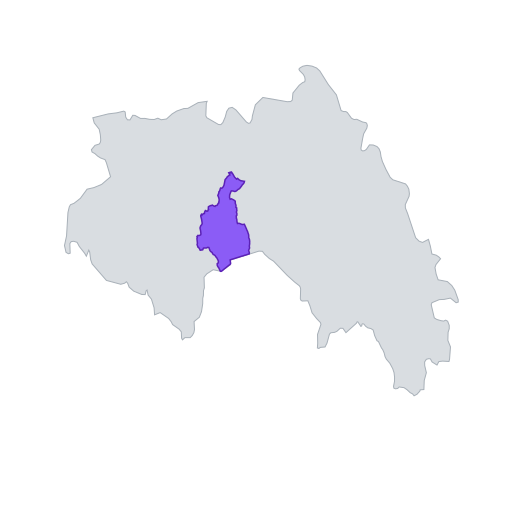 Mamou, Mamou, Guinea (highlighted), rotated 343°
{"feature_id": "49546643B72815389499799", "entity_name": "Mamou", "entity_type": "district", "adm_level": 2, "iso_a3": "GIN", "parent_name": "Guinea", "parent_adm1": "Mamou", "projection": "equal_earth", "projection_center": [-11.801, 10.57], "detail": "fine", "context": "in_parent", "style": "filled", "palette": "violet", "viewbox_px": 512, "rotation_deg": 343, "n_neighbors": 0, "source": "geoboundaries", "source_scale": "gbopen_adm2", "svg_char_len": 6715}
<svg xmlns="http://www.w3.org/2000/svg" viewBox="0 0 512 512"><g transform="rotate(343 256 256)"><path d="M308.9,352.0L305.1,351.3L303.4,352.2L298.4,360.1L295.4,363.2L290.8,362.2L289.1,362.8L287.8,361.9L289.5,357.5L291.9,349.0L298.1,340.4L298.2,338.6L295.7,333.6L293.0,326.7L293.0,319.4L292.5,314.0L287.1,312.6L286.1,311.7L285.9,309.9L289.0,300.7L289.2,298.9L288.8,297.2L285.5,292.5L280.3,283.9L271.3,266.1L268.0,262.3L264.8,256.9L263.5,253.4L260.2,252.2L229.0,252.4L228.4,257.1L217.7,260.2L211.0,256.6L203.7,258.7L200.1,261.1L197.3,271.4L195.7,273.7L194.2,278.3L192.7,280.9L191.1,286.0L187.6,293.3L183.9,298.0L177.6,300.6L175.7,308.3L174.2,311.1L171.8,313.4L169.2,314.8L164.1,313.3L161.2,314.7L160.8,312.8L162.4,306.7L161.1,303.5L156.2,297.2L155.7,294.1L154.2,290.2L147.8,282.1L141.8,282.6L143.4,275.8L143.4,266.7L141.4,261.8L141.9,256.7L140.8,257.1L138.7,260.5L135.5,259.4L128.9,254.0L125.6,248.8L125.3,244.4L124.5,242.7L122.5,243.6L118.4,243.5L105.8,235.6L97.0,215.7L96.8,211.3L98.1,203.6L97.8,201.5L93.7,206.6L92.9,203.2L89.8,195.2L88.9,190.6L85.9,188.6L83.5,188.2L81.6,189.7L79.1,199.0L77.3,199.0L75.4,197.0L75.9,190.0L80.7,181.4L88.9,159.4L91.8,154.4L93.6,152.7L97.4,152.4L104.9,149.5L114.0,142.7L121.0,143.2L129.3,142.4L140.1,137.7L140.2,123.0L139.8,119.7L136.0,116.8L133.8,114.2L131.9,111.0L129.6,108.6L129.7,106.2L134.4,103.1L138.8,103.1L140.3,101.9L141.4,99.8L142.6,94.5L143.1,88.9L140.2,81.4L140.4,76.1L156.2,76.9L164.8,78.4L171.9,78.8L173.0,80.0L172.0,85.1L172.9,88.2L175.3,89.0L179.3,85.4L181.4,86.2L185.8,90.7L189.9,91.9L194.4,94.3L198.6,95.7L202.4,95.5L205.2,98.0L210.5,98.8L217.3,95.6L222.6,94.2L230.1,93.9L234.0,94.9L245.5,92.4L254.5,93.8L253.1,95.5L249.0,107.3L249.4,109.4L258.6,119.3L260.8,120.1L263.3,118.7L267.2,114.1L270.3,109.1L273.3,106.7L276.7,106.9L279.5,110.4L286.0,125.1L287.7,127.0L289.3,127.0L292.1,124.2L293.5,121.0L299.6,111.2L308.9,106.4L331.0,117.6L334.3,118.4L336.2,117.6L339.0,110.9L347.3,105.3L351.3,103.8L353.6,103.6L354.5,101.8L354.9,99.1L354.4,96.3L351.8,91.3L351.7,89.8L353.2,88.9L356.4,88.2L360.5,88.6L365.1,90.8L368.9,93.9L371.1,97.6L375.3,113.2L380.0,125.4L379.9,141.8L382.0,143.5L384.2,144.2L385.3,145.5L387.6,152.2L389.7,154.2L392.3,154.7L397.1,159.0L400.2,160.7L400.7,162.0L400.6,163.8L399.4,166.1L394.7,170.6L392.5,174.5L387.8,183.7L387.6,185.5L388.7,186.7L390.6,187.0L392.7,186.3L397.0,182.9L400.5,184.1L403.7,186.7L405.0,189.4L405.3,192.9L404.6,197.5L404.5,202.6L405.6,211.3L407.3,219.9L409.1,223.1L420.1,230.8L421.2,233.6L421.7,236.8L420.9,241.3L419.8,243.7L413.8,250.5L412.9,253.7L413.4,259.8L414.0,285.2L416.3,289.5L419.2,291.7L425.8,290.5L425.6,297.6L424.8,305.5L428.6,307.9L430.6,310.4L431.7,312.6L425.6,316.8L423.8,319.3L423.0,325.9L423.2,332.0L431.5,336.4L434.6,341.5L436.1,346.8L436.6,356.9L435.9,359.2L433.7,359.2L429.6,353.1L423.2,352.5L418.5,351.3L410.6,352.1L409.3,353.9L408.4,367.3L410.3,369.5L414.1,372.0L416.5,373.1L418.6,372.8L420.2,374.4L420.5,378.8L419.5,382.1L417.4,385.1L414.8,392.8L415.4,399.8L411.0,411.1L409.7,413.3L403.8,411.1L400.0,410.4L397.2,413.2L393.4,408.8L392.7,405.4L391.3,404.7L388.7,404.6L386.3,406.6L385.3,410.1L384.8,417.4L380.5,424.2L377.5,432.8L373.9,432.0L373.2,433.1L369.5,435.3L366.3,435.9L365.4,433.6L363.5,431.8L361.4,428.1L359.1,425.2L354.6,423.1L352.8,424.1L350.6,423.8L349.2,422.7L349.4,420.9L351.8,416.4L353.1,412.3L353.9,407.9L353.8,403.6L352.6,397.6L350.5,392.8L350.0,390.1L350.2,386.1L349.8,382.5L349.1,380.6L348.1,373.6L346.9,372.4L346.2,366.8L346.4,361.1L344.7,359.0L341.9,357.4L340.3,355.2L339.3,352.7L338.3,352.0L337.4,352.2L336.7,353.7L335.7,354.0L334.1,348.7L333.5,348.5L332.3,349.7L319.6,355.6L318.0,350.6L315.5,349.7L311.3,351.7L308.9,352.0Z" fill="#d9dde1" stroke="#a8b0b8" stroke-width="1"/><path d="M266.0,182.5L266.8,181.2L266.3,181.0L265.0,180.3L263.4,179.5L262.2,178.3L261.1,176.4L259.9,176.8L258.6,174.4L257.9,171.1L257.1,168.5L256.3,168.4L256.6,169.2L255.6,169.0L255.0,168.5L254.3,168.4L254.5,169.7L254.6,170.4L254.7,170.8L254.4,170.8L253.7,171.1L251.7,171.8L250.9,172.6L248.8,173.9L247.2,176.9L246.1,178.9L245.3,179.8L244.5,180.5L243.6,181.0L243.1,181.2L242.1,180.6L241.8,180.8L241.4,181.4L241.2,181.6L240.9,182.2L240.6,182.6L240.4,182.9L239.9,183.4L239.1,183.9L238.9,184.8L237.2,186.9L237.4,189.3L237.3,191.0L236.9,192.3L236.5,193.1L236.2,193.4L236.0,194.4L235.2,194.6L234.3,195.6L233.5,196.2L232.8,196.1L231.9,196.1L231.3,196.6L230.0,195.6L229.1,194.5L227.9,194.7L227.5,194.5L226.5,194.6L226.0,194.7L224.9,195.0L224.6,195.7L224.4,196.2L224.2,197.0L224.2,197.6L223.9,197.6L223.0,198.9L222.8,198.9L222.0,198.8L221.3,198.0L220.9,197.7L220.3,198.3L219.5,199.2L219.1,200.3L217.8,200.2L216.4,200.9L216.3,201.0L216.0,200.2L215.5,200.7L215.1,201.0L214.8,202.0L214.7,204.7L214.5,206.2L214.1,209.1L213.2,210.2L212.0,210.9L210.8,212.5L210.5,213.6L210.5,214.5L210.3,216.2L209.8,218.8L209.3,219.6L208.1,219.8L207.1,219.7L206.5,219.3L205.4,220.0L205.1,220.3L205.3,221.0L204.6,222.1L203.7,226.7L203.0,227.8L203.0,228.3L203.1,230.7L203.5,230.9L203.9,232.1L204.2,233.2L204.2,233.9L204.3,234.1L205.0,234.3L205.7,234.3L206.4,234.5L206.9,234.5L207.9,233.2L208.4,233.1L210.7,233.8L211.4,233.8L212.0,233.6L212.8,233.8L213.1,234.0L213.4,234.1L213.5,234.9L213.4,235.5L213.6,236.4L213.5,237.1L214.0,238.5L214.4,239.0L214.7,239.3L215.1,239.9L215.1,240.5L215.5,242.0L216.6,243.0L217.0,243.7L217.5,245.4L217.9,246.1L218.1,246.9L218.5,249.4L218.4,250.3L217.9,251.5L216.6,252.0L216.2,253.6L216.4,255.1L216.9,256.3L217.4,260.0L217.7,260.2L217.7,260.3L218.4,260.5L218.8,260.4L219.9,260.0L220.6,259.7L220.8,259.5L221.5,259.3L222.0,259.1L222.3,258.9L223.1,258.7L227.7,256.8L228.3,256.7L228.6,256.4L228.9,256.3L229.1,256.3L229.2,256.2L229.6,255.6L230.0,252.9L230.1,252.6L230.1,252.4L230.2,252.1L233.0,252.1L234.5,252.1L236.0,252.1L237.6,252.0L238.1,252.1L239.3,252.1L241.6,252.0L243.5,252.1L244.3,252.1L245.0,252.0L245.4,252.0L245.5,252.0L245.9,252.1L246.0,252.1L249.1,252.0L250.2,252.0L250.3,251.8L250.4,251.4L250.5,251.0L250.7,250.6L250.6,250.2L250.6,248.4L252.2,246.5L252.5,244.6L253.5,242.5L253.9,241.1L254.3,240.0L254.6,238.1L254.4,236.2L254.9,234.9L255.2,233.2L255.1,231.9L255.1,229.9L254.9,228.9L254.8,227.9L254.8,227.3L254.6,226.0L254.5,224.9L254.3,223.3L254.1,222.2L253.2,222.1L251.9,221.8L250.8,220.9L249.7,220.0L248.8,219.6L247.8,219.5L247.8,218.0L248.1,216.4L248.4,215.1L248.2,214.4L248.3,214.2L248.8,211.9L249.5,211.6L250.1,210.0L250.1,208.2L251.0,207.0L251.2,205.7L251.6,204.3L251.0,203.7L251.7,201.6L251.6,199.6L252.2,197.5L251.2,196.0L249.2,194.1L247.9,194.2L247.8,192.3L248.7,189.8L250.6,187.4L251.4,186.5L253.2,187.2L254.5,188.1L255.0,188.2L256.4,188.0L258.2,187.1L259.9,186.8L261.9,185.4L262.3,185.1L263.0,184.6L263.6,184.0L264.8,183.4L266.0,182.5Z" fill="#8b5cf6" stroke="#5b21b6" stroke-width="1.5"/></g></svg>